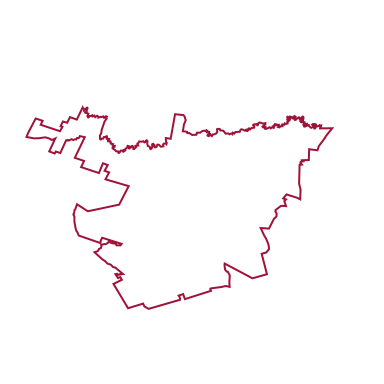 Cermei, Arad, Romania, rotated 168°
{"feature_id": "2599482B93088674454934", "entity_name": "Cermei", "entity_type": "district", "adm_level": 2, "iso_a3": "ROU", "parent_name": "Romania", "parent_adm1": "Arad", "projection": "robinson", "projection_center": [21.826, 46.539], "detail": "fine", "context": "isolated", "style": "outline", "palette": "rose", "viewbox_px": 384, "rotation_deg": 168, "n_neighbors": 0, "source": "geoboundaries", "source_scale": "gbopen_adm2", "svg_char_len": 6018}
<svg xmlns="http://www.w3.org/2000/svg" viewBox="0 0 384 384"><g transform="rotate(168 192 192)"><path d="M281.5,297.3L289.6,286.8L295.8,290.6L299.7,285.7L303.6,287.8L306.8,283.7L305.2,282.7L308.5,278.9L326.0,289.2L323.3,292.7L329.6,296.4L340.2,283.6L342.4,280.2L335.0,277.2L330.3,276.4L324.2,276.0L321.1,274.4L318.1,272.0L314.6,272.8L323.2,261.4L318.3,258.2L316.8,259.9L312.7,257.5L304.4,268.7L303.0,268.2L302.8,268.7L302.4,268.7L301.6,268.0L298.7,268.7L297.3,267.5L295.4,267.9L294.4,267.5L293.1,268.8L292.3,268.3L291.1,268.6L290.1,270.0L285.5,267.9L299.5,249.8L291.1,244.8L295.3,239.4L279.1,229.9L273.1,238.6L268.8,235.9L273.1,230.9L269.0,228.4L274.0,222.4L252.7,210.9L265.9,194.8L297.5,194.8L298.1,195.0L307.0,203.9L309.8,199.3L310.6,198.8L311.9,195.5L312.3,195.4L312.7,194.5L312.1,192.6L313.2,187.4L313.4,180.3L313.2,178.1L312.4,176.3L311.9,173.0L292.2,161.1L291.4,163.4L289.4,165.9L271.6,155.9L273.0,154.7L276.8,155.5L277.1,155.9L277.1,157.2L279.8,158.1L279.7,159.0L281.4,158.8L283.8,160.7L285.2,159.5L287.4,158.9L288.6,159.3L291.8,159.2L291.8,157.9L292.9,156.0L294.8,155.7L295.8,154.2L296.5,153.8L299.9,153.4L294.0,145.1L291.2,142.3L289.7,139.6L286.5,137.8L284.8,135.0L282.7,134.0L276.6,126.2L278.8,126.6L278.7,126.2L281.6,126.3L282.0,127.5L284.0,127.6L282.2,123.1L279.9,123.7L278.9,120.7L287.9,118.4L278.7,91.6L263.0,93.0L262.4,90.0L258.6,86.7L226.1,89.1L225.8,90.1L226.0,91.7L226.6,93.4L221.9,94.0L221.2,88.7L194.0,91.4L194.3,93.4L193.6,93.8L183.5,93.0L178.5,93.0L174.9,91.4L174.2,96.1L172.4,102.4L173.5,106.5L174.7,107.1L175.8,109.3L175.4,113.9L174.9,115.2L150.8,95.0L135.8,96.0L136.7,117.1L131.9,117.4L128.6,120.1L128.2,122.4L128.2,125.3L129.2,130.9L130.4,134.3L132.3,142.5L124.3,140.2L117.2,149.0L115.4,149.8L114.3,150.9L113.7,153.5L114.5,155.6L114.0,157.0L108.3,159.7L106.7,159.8L103.0,158.6L103.6,163.9L101.6,165.2L104.1,166.7L100.1,170.0L90.4,164.5L87.7,162.3L85.3,171.8L85.5,177.9L81.1,196.2L78.8,196.0L79.9,198.0L79.4,198.9L77.4,198.9L78.0,199.5L78.0,200.2L71.1,199.0L68.5,209.5L60.6,206.7L58.5,210.4L51.0,217.0L49.1,219.1L41.6,225.2L53.5,227.6L52.8,229.5L52.2,229.4L52.0,229.9L52.6,229.7L53.1,230.9L54.8,230.1L56.1,230.2L56.9,232.5L57.7,233.0L59.7,233.3L60.5,232.9L60.2,232.2L57.6,230.6L57.6,229.4L58.3,228.6L59.2,228.8L59.3,229.9L59.8,230.5L62.1,230.0L63.7,231.9L63.8,233.2L68.2,232.5L68.6,232.7L68.5,233.2L65.7,233.9L65.4,234.8L66.2,234.9L68.9,233.7L69.1,234.4L68.1,234.9L68.3,235.7L67.4,236.3L67.4,236.9L70.6,237.4L71.2,238.4L70.4,238.9L69.6,238.3L68.7,238.4L67.5,241.4L67.5,242.4L68.1,242.8L69.2,242.2L69.5,240.2L70.2,239.7L71.4,240.3L71.0,241.7L71.8,242.8L72.2,242.7L72.4,242.0L73.6,242.4L75.1,241.2L76.4,241.0L76.7,241.6L75.1,244.1L75.9,244.9L76.6,244.8L77.1,243.5L78.0,243.1L78.8,244.6L80.1,245.2L80.1,243.7L80.7,243.4L81.1,244.9L83.0,245.8L83.4,245.4L83.2,244.6L81.6,243.3L81.2,242.4L81.5,242.1L83.1,243.3L83.7,243.1L83.4,242.1L82.5,241.4L83.0,241.0L83.7,241.3L84.2,241.0L84.3,239.1L86.0,239.0L87.1,239.8L87.6,238.7L88.0,238.5L89.7,239.4L90.1,238.8L89.9,237.6L92.0,237.8L92.9,237.0L94.3,237.7L92.8,239.0L93.0,239.7L95.1,239.7L94.9,240.3L96.8,241.2L97.3,240.7L96.8,240.3L97.0,239.9L99.0,239.5L98.3,238.4L98.7,237.7L100.1,238.6L101.8,237.9L102.4,239.1L102.8,239.2L105.3,238.4L107.3,238.5L107.5,239.2L106.6,239.7L106.5,240.3L108.9,240.3L109.3,240.6L109.5,241.3L106.2,242.9L105.9,244.1L108.3,244.2L111.5,246.0L113.2,245.3L113.3,244.2L114.0,243.6L114.4,243.8L114.8,245.0L117.9,245.2L118.3,244.4L117.4,243.8L117.5,242.4L117.9,242.0L120.4,242.2L122.2,241.1L122.7,242.3L123.4,242.4L123.8,242.2L124.2,240.8L125.2,240.1L125.8,240.4L125.6,241.5L126.0,241.8L127.6,241.0L129.5,242.6L130.7,243.1L131.7,242.6L132.7,241.0L137.1,241.6L138.4,240.4L139.6,241.5L140.4,240.1L141.1,241.1L143.4,240.6L144.4,241.8L147.0,242.1L148.5,245.2L149.4,245.8L151.5,246.3L151.8,247.9L153.7,248.4L154.5,248.2L154.8,245.6L155.9,244.3L158.8,243.7L159.9,243.9L160.9,242.6L161.9,243.8L164.1,243.2L165.1,244.0L164.8,244.6L163.2,244.8L162.4,245.4L162.9,245.8L163.9,245.5L162.7,247.3L163.1,247.6L164.9,247.5L164.6,248.9L165.0,249.5L166.1,248.7L167.4,249.5L169.2,249.5L171.8,248.3L174.6,249.0L175.1,248.7L175.5,247.4L175.9,247.1L180.0,247.8L182.5,250.3L184.2,250.5L184.5,251.0L184.3,251.8L184.7,252.1L188.3,253.3L185.8,259.8L183.2,263.5L183.6,267.6L184.5,269.1L192.4,271.6L201.8,248.5L206.4,250.2L206.9,246.6L206.5,245.3L207.0,244.2L207.2,244.6L209.6,245.2L210.4,244.4L210.5,242.6L213.1,242.8L214.4,244.9L215.5,245.5L216.1,245.5L217.3,243.5L218.9,243.3L219.8,244.4L219.0,245.2L219.0,245.7L219.9,247.2L220.3,247.2L221.1,246.9L221.3,245.0L222.4,243.0L223.5,242.5L223.9,242.9L223.8,244.8L225.7,246.3L225.7,248.9L225.0,251.1L225.1,251.6L225.8,252.0L226.4,251.8L227.5,250.5L228.2,250.4L229.1,251.8L230.6,251.6L233.2,252.4L234.2,251.1L235.3,250.7L235.0,248.7L236.6,249.1L237.9,248.8L237.9,248.5L237.3,247.6L239.9,246.0L240.4,246.2L240.2,248.5L240.6,249.4L241.6,249.4L242.5,248.2L244.4,247.6L244.8,248.2L243.7,249.5L245.3,250.5L245.7,250.2L245.8,249.2L248.6,247.7L248.4,246.9L248.7,246.5L249.9,247.1L250.2,245.9L250.7,245.6L251.1,245.9L251.6,247.1L253.0,247.3L254.7,245.6L255.6,245.4L255.9,245.7L255.7,247.0L257.9,247.7L258.3,248.8L260.5,251.1L260.6,251.6L258.3,252.3L257.9,253.2L260.0,253.7L260.1,254.1L259.3,255.3L261.5,256.3L261.5,257.2L261.1,257.7L261.3,258.6L263.6,259.1L263.5,259.7L262.4,260.4L262.0,261.1L264.4,261.7L264.4,262.2L263.6,263.3L263.7,264.3L264.1,264.4L265.3,263.8L266.7,264.1L267.8,262.7L269.0,263.0L269.9,262.3L270.6,262.4L271.0,263.1L270.3,266.4L268.4,268.6L267.6,271.2L262.9,279.1L260.2,281.6L260.3,282.9L259.6,283.4L260.1,283.9L260.8,283.8L261.1,282.8L262.0,282.8L262.6,282.9L262.5,283.7L263.0,284.4L265.1,284.1L265.7,284.5L268.1,284.2L267.9,285.0L268.9,286.3L271.1,285.3L271.6,287.0L273.5,286.6L273.5,287.8L275.0,287.4L276.6,287.6L277.0,286.9L278.0,286.5L278.6,288.0L277.1,290.2L278.8,291.4L279.8,291.5L280.0,292.1L278.3,292.5L277.5,294.9L276.7,295.7L277.0,296.3L277.4,296.3L278.3,295.7L278.5,294.9L280.6,294.2L280.3,295.4L280.6,296.3L281.4,296.5L281.5,297.3Z" fill="none" stroke="#9f1239" stroke-width="2"/></g></svg>